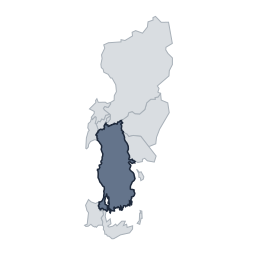 map of Turkey with Iraq, Iran, Syria and 6 others greyed out, rotated 266°
{"feature_id": "TUR", "entity_name": "Turkey", "entity_type": "country or territory", "adm_level": 0, "iso_a3": "TUR", "parent_name": "Asia", "parent_adm1": "", "projection": "orthographic", "projection_center": [34.29, 38.962], "detail": "fine", "context": "with_neighbors", "style": "filled", "palette": "slate", "viewbox_px": 256, "rotation_deg": 266, "n_neighbors": 9, "source": "natural_earth", "source_scale": "50m", "svg_char_len": 9226}
<svg xmlns="http://www.w3.org/2000/svg" viewBox="0 0 256 256"><g transform="rotate(266 128 128)"><path d="M110.3,154.6L107.9,147.2L118.8,140.2L120.2,132.6L119.4,128.2L122.0,126.5L124.2,122.4L126.1,121.3L131.8,121.5L133.7,122.9L135.9,121.6L139.9,128.5L143.3,129.9L144.1,133.4L141.8,135.9L141.2,140.7L145.3,146.1L151.9,148.5L155.1,152.7L154.8,157.2L156.4,157.0L156.9,160.2L160.1,162.9L153.5,163.1L150.3,169.4L140.4,170.2L124.7,159.5L116.7,155.8L110.3,154.6Z" fill="#d9dde1" stroke="#a8b0b8" stroke-width="1"/><path d="M160.1,162.9L156.9,160.2L156.4,157.0L154.8,157.2L155.1,152.7L151.9,148.5L145.3,146.1L141.2,140.7L141.8,135.9L144.1,133.4L143.3,129.9L139.9,128.5L132.7,117.0L133.5,115.0L131.2,108.2L134.2,106.1L135.2,108.3L137.9,110.8L141.3,111.2L142.9,110.8L147.8,105.5L149.4,104.8L151.1,106.4L149.9,109.6L153.3,112.4L154.5,111.9L156.6,116.1L161.3,116.6L165.1,119.0L172.0,118.8L178.9,115.6L179.1,114.1L182.9,112.0L185.3,107.8L188.4,107.3L190.1,105.6L193.4,105.4L199.1,107.0L202.8,106.7L209.3,110.4L212.6,109.6L214.4,114.4L214.4,127.0L216.6,127.2L215.5,131.1L219.5,138.9L223.2,138.8L224.6,142.4L221.6,149.1L227.4,154.4L232.5,155.4L233.9,160.5L236.4,160.6L237.4,163.2L231.1,168.5L230.7,175.8L209.3,178.1L205.9,171.5L203.3,171.1L199.5,173.1L194.8,177.2L188.2,176.7L182.3,173.2L177.1,172.5L167.9,160.2L165.3,161.7L161.7,160.3L160.1,162.9Z" fill="#d9dde1" stroke="#a8b0b8" stroke-width="1"/><path d="M92.2,151.8L93.9,145.0L96.6,142.6L95.8,140.2L93.5,140.0L92.9,135.3L96.7,130.0L96.9,126.6L98.5,127.7L103.9,125.8L106.6,126.8L110.6,126.6L116.1,123.9L124.2,122.4L122.0,126.5L119.4,128.2L120.2,132.6L118.8,140.2L98.1,154.1L92.2,151.8Z" fill="#d9dde1" stroke="#a8b0b8" stroke-width="1"/><path d="M142.9,110.8L141.3,111.2L138.8,107.0L136.8,107.3L135.2,105.8L128.6,103.3L128.7,100.3L127.7,98.3L133.9,96.6L136.9,98.9L136.2,100.6L138.9,102.4L137.9,104.5L142.3,106.6L142.9,110.8Z" fill="#d9dde1" stroke="#a8b0b8" stroke-width="1"/><path d="M34.0,77.9L34.9,80.6L46.2,82.7L48.6,81.3L53.9,80.3L59.4,83.6L56.9,86.0L55.0,90.2L56.2,93.8L52.3,92.7L47.5,94.3L47.2,97.3L43.0,97.5L40.0,95.0L36.2,96.3L32.9,95.7L33.1,91.6L31.1,89.4L32.0,88.6L31.6,87.8L32.6,86.0L34.5,84.3L32.8,81.4L32.7,79.2L34.0,77.9Z" fill="#d9dde1" stroke="#a8b0b8" stroke-width="1"/><path d="M44.8,134.3L44.1,136.0L36.9,135.8L37.0,134.8L31.1,133.0L32.3,130.5L34.8,132.8L42.3,133.7L42.1,134.8L44.8,134.3ZM32.9,95.7L36.2,96.3L40.0,95.0L43.0,97.5L47.2,97.3L47.5,94.3L49.6,96.1L47.8,99.8L46.7,100.4L41.6,99.1L35.8,100.1L38.6,103.9L33.6,104.3L31.6,100.9L30.5,102.1L31.1,105.9L33.0,109.0L31.1,110.1L35.5,115.3L35.2,118.8L31.0,116.6L32.1,119.9L28.9,120.2L30.1,125.8L26.9,125.5L23.3,122.3L21.9,113.0L18.6,106.1L18.6,104.3L21.2,101.7L21.8,99.8L23.4,99.1L23.7,97.5L26.7,97.4L28.7,96.3L31.1,96.8L32.9,95.7Z" fill="#d9dde1" stroke="#a8b0b8" stroke-width="1"/><path d="M138.8,93.1L141.2,92.1L144.8,95.3L146.9,95.5L149.7,90.9L155.6,97.7L157.7,97.6L159.4,99.0L155.7,100.1L155.3,107.2L153.9,108.9L154.5,111.9L153.3,112.4L149.9,109.6L151.1,106.4L149.4,104.8L147.8,105.5L142.9,110.8L142.3,106.6L137.9,104.5L138.9,102.4L136.2,100.6L136.9,98.9L133.9,96.6L134.9,95.5L141.0,96.8L141.5,96.0L138.8,93.1ZM141.3,111.2L137.9,110.8L135.2,108.3L134.2,106.1L135.2,105.8L136.8,107.3L138.8,107.0L141.3,111.2Z" fill="#d9dde1" stroke="#a8b0b8" stroke-width="1"/><path d="M110.1,85.3L110.6,84.5L121.0,85.8L127.4,88.1L128.3,89.2L130.9,87.9L135.2,88.7L136.9,91.0L139.9,92.1L138.8,93.1L141.5,96.0L141.0,96.8L138.5,96.8L134.9,95.5L133.9,96.6L127.7,98.3L123.0,95.7L118.2,96.4L118.6,93.7L117.1,89.6L114.4,87.6L111.8,87.1L110.1,85.3Z" fill="#d9dde1" stroke="#a8b0b8" stroke-width="1"/><path d="M83.4,138.0L78.2,140.4L75.8,139.6L74.6,137.1L77.4,136.9L78.1,135.4L81.7,135.6L86.3,133.7L82.9,136.4L83.4,138.0Z" fill="#d9dde1" stroke="#a8b0b8" stroke-width="1"/><path d="M118.0,96.5L118.9,96.7L119.3,96.9L119.5,96.9L119.9,96.5L121.2,96.4L122.4,96.6L122.6,96.4L122.8,95.9L122.9,95.7L123.3,95.6L123.6,95.7L123.8,95.7L124.0,96.2L124.4,96.3L125.1,96.9L125.6,97.1L125.7,97.3L125.6,97.6L125.9,97.8L126.3,97.8L126.6,97.8L126.8,97.8L127.0,97.9L127.0,98.2L127.1,98.5L127.5,98.8L127.8,99.0L128.0,99.2L128.4,100.0L128.6,100.5L128.6,100.9L128.4,101.4L128.0,102.0L128.3,102.5L128.7,103.4L128.9,103.9L128.8,104.0L128.7,104.1L129.3,104.4L130.1,104.6L130.4,104.6L131.1,104.4L131.7,104.3L132.2,104.6L133.0,105.1L133.9,105.9L134.4,106.4L134.2,106.5L133.2,105.8L132.9,106.1L132.7,106.5L132.5,108.1L132.3,108.2L131.3,108.3L130.9,108.4L130.9,108.5L131.1,108.9L131.2,109.5L131.5,109.7L131.7,109.9L131.8,110.4L131.7,110.8L131.8,111.2L132.2,111.6L132.4,111.7L132.4,112.5L132.6,112.9L132.7,113.4L132.8,114.2L132.8,114.4L132.9,114.5L133.5,114.5L133.6,114.8L133.3,115.2L133.2,115.9L133.1,116.1L132.9,116.6L132.8,117.0L132.7,117.4L132.8,117.6L133.3,117.6L133.7,117.8L134.5,118.2L134.7,118.4L134.5,118.8L134.6,119.0L134.7,119.3L134.8,120.1L135.5,120.5L135.9,120.9L135.9,121.0L135.8,121.3L135.9,121.8L135.7,121.7L135.1,121.7L134.2,122.5L133.7,123.0L133.3,122.9L133.2,122.6L133.2,121.7L133.0,121.4L132.9,121.3L132.6,121.2L132.1,121.1L131.8,121.4L131.3,121.8L130.6,121.8L129.8,121.8L128.7,121.5L127.7,121.3L126.9,121.6L126.6,121.6L126.1,121.4L126.0,121.5L125.5,122.2L124.7,123.0L124.3,123.2L124.0,122.5L123.7,122.2L123.4,122.1L123.2,122.2L122.8,122.7L121.9,123.1L120.2,123.6L119.0,123.9L117.5,123.7L116.8,123.8L116.2,123.9L115.0,124.5L113.0,125.8L111.4,126.4L109.8,126.9L108.6,126.9L107.6,126.9L106.9,126.9L106.5,126.8L105.9,126.4L105.3,126.0L104.6,125.8L104.0,125.8L102.6,126.5L101.7,126.9L100.4,127.5L99.1,127.5L98.5,127.5L98.1,127.2L97.9,126.9L97.1,126.7L96.5,126.7L96.4,126.8L96.2,127.3L96.0,128.8L96.5,130.0L95.7,130.3L95.4,130.4L95.2,130.6L95.1,131.6L94.6,131.8L94.4,132.0L94.1,132.7L93.2,132.2L92.8,132.2L93.1,131.7L92.4,129.8L92.7,129.2L93.4,128.4L94.2,127.6L94.1,126.7L93.9,126.4L93.5,126.1L92.8,126.5L92.3,126.9L92.0,127.0L91.6,127.2L91.4,127.7L91.0,128.0L90.3,128.2L89.2,127.8L88.1,127.3L87.4,126.8L86.9,126.7L86.4,126.9L84.9,128.0L83.5,129.6L83.2,129.9L81.9,130.6L81.0,130.8L80.6,130.8L78.9,131.1L78.1,131.1L77.4,131.5L76.1,131.0L75.4,130.5L74.9,130.0L74.2,128.9L73.6,128.3L72.5,127.8L70.4,126.6L69.9,126.4L68.4,126.2L66.9,126.1L66.6,126.5L66.4,128.1L66.2,128.6L66.0,129.4L65.8,129.7L65.5,129.8L65.1,129.5L64.8,129.4L64.0,129.7L62.5,130.2L62.0,130.2L60.4,129.5L59.8,129.0L59.4,128.6L59.3,127.8L59.1,127.4L59.0,126.7L58.7,126.6L58.3,126.8L57.9,126.8L57.4,126.6L56.3,125.9L55.4,125.8L54.9,126.5L54.4,126.7L54.0,126.8L54.0,126.6L54.3,126.1L53.0,126.1L52.2,126.4L51.7,126.3L51.2,126.1L51.3,125.9L51.8,125.9L52.1,125.7L53.6,125.7L54.0,125.6L54.4,125.0L55.1,124.6L55.2,124.4L52.4,124.4L50.9,124.2L50.7,124.4L50.4,124.4L50.4,123.8L50.7,123.5L51.0,123.6L51.8,123.4L51.8,122.8L51.2,122.4L51.1,122.2L50.7,122.1L50.4,121.9L50.4,121.2L50.2,120.5L49.8,120.2L50.6,119.8L50.8,118.9L50.7,118.3L50.4,118.2L49.4,117.6L49.1,117.7L48.8,117.1L48.2,116.7L47.9,116.8L47.7,117.0L47.4,116.9L47.0,116.5L46.6,116.3L46.4,116.1L46.7,115.5L47.0,115.6L47.1,115.1L46.9,114.3L47.0,114.0L47.3,113.9L47.6,114.0L47.9,114.5L48.0,114.9L47.9,115.3L48.1,115.7L48.2,115.9L48.4,115.4L48.5,115.4L48.7,115.6L49.2,115.7L50.3,115.5L50.5,115.3L49.7,115.3L49.4,115.1L49.1,114.6L49.0,114.1L48.9,113.6L49.0,113.5L49.6,113.3L50.1,112.6L49.9,112.4L49.7,112.3L49.4,112.3L49.2,112.1L49.2,111.8L49.4,111.5L49.5,111.2L48.8,110.0L48.9,109.7L49.4,109.3L50.0,108.7L49.9,108.5L49.6,108.4L48.0,108.5L47.3,108.7L46.2,108.7L46.1,108.4L46.2,108.1L46.5,107.6L46.6,106.2L46.8,105.5L47.4,105.4L48.3,104.4L49.6,103.2L50.9,103.4L51.4,103.1L52.2,103.1L52.4,103.6L53.0,104.0L54.2,104.0L54.8,103.7L54.3,103.1L54.4,102.9L54.9,103.0L55.5,103.1L55.5,103.3L55.3,103.5L55.1,103.8L55.3,103.9L56.8,103.8L58.4,104.0L58.9,104.0L60.2,104.0L60.4,103.9L60.0,103.6L59.7,103.5L59.2,103.1L60.0,102.6L60.5,102.5L62.6,102.2L64.2,102.1L62.0,101.6L61.5,101.3L60.8,100.7L60.6,100.3L60.8,99.2L61.1,99.0L61.9,99.0L64.6,99.6L66.6,99.4L68.7,100.2L70.8,100.1L71.2,99.8L71.8,98.8L74.7,97.3L75.7,96.4L76.8,96.0L78.7,95.5L80.3,94.8L80.7,94.7L84.4,95.1L87.0,95.1L88.1,94.5L88.8,94.7L88.7,94.9L88.6,95.1L88.7,95.5L89.1,96.1L89.5,96.5L90.7,97.1L92.3,96.6L92.9,96.7L93.5,98.3L94.0,98.9L94.6,99.2L95.1,99.3L95.4,98.9L95.7,98.7L96.3,98.6L97.3,99.1L97.7,99.7L99.4,100.1L100.9,100.2L101.6,100.7L103.8,101.1L104.6,100.9L106.0,100.4L108.6,99.7L110.4,100.3L110.9,100.4L111.3,100.3L111.9,100.5L112.5,100.3L114.4,99.3L115.0,98.8L115.6,98.6L116.2,98.2L117.6,97.1L118.0,96.5ZM56.2,94.1L56.1,94.8L56.3,95.6L56.9,96.7L57.5,97.3L60.2,98.8L60.7,98.9L60.5,99.5L60.3,99.9L60.1,100.2L59.3,100.4L57.1,99.7L56.6,99.6L56.1,99.7L55.4,100.0L54.6,99.8L53.4,100.0L53.0,100.8L52.2,101.7L50.8,102.3L49.8,102.7L48.3,104.0L47.6,104.8L46.9,105.0L47.1,104.6L47.3,104.3L47.3,104.0L47.3,103.6L47.8,103.1L48.3,102.8L49.6,102.4L50.0,101.9L49.0,101.8L48.0,101.8L47.3,101.7L46.8,101.7L46.5,101.0L46.9,100.8L47.3,100.4L48.0,99.7L48.2,99.4L48.2,99.2L48.1,98.8L48.2,97.9L49.2,97.4L49.5,97.3L49.6,97.1L49.6,96.4L49.5,95.8L49.4,95.8L49.1,95.6L48.8,95.2L48.4,95.0L48.4,94.8L48.5,94.7L49.3,94.4L49.7,93.7L49.9,93.6L50.7,93.6L51.1,93.6L51.5,93.4L51.7,93.2L52.6,93.1L52.8,93.1L53.0,93.2L53.8,94.0L54.0,94.2L54.6,94.0L55.3,94.1L55.4,93.9L55.6,93.9L56.2,94.1ZM45.9,104.5L44.8,104.6L44.5,104.4L44.9,104.1L45.5,103.9L45.9,104.3L45.9,104.5Z" fill="#64748b" stroke="#1e293b" stroke-width="1.5"/></g></svg>